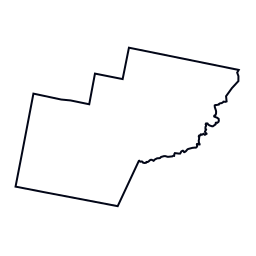 outline of Iron, Wisconsin, United States of America, rotated 101°
{"feature_id": "52423323B77086831692435", "entity_name": "Iron", "entity_type": "district", "adm_level": 2, "iso_a3": "USA", "parent_name": "United States of America", "parent_adm1": "Wisconsin", "projection": "equal_earth", "projection_center": [-90.252, 46.285], "detail": "fine", "context": "isolated", "style": "outline", "palette": "ink", "viewbox_px": 256, "rotation_deg": 101, "n_neighbors": 0, "source": "geoboundaries", "source_scale": "gbopen_adm2", "svg_char_len": 1884}
<svg xmlns="http://www.w3.org/2000/svg" viewBox="0 0 256 256"><g transform="rotate(101 128 128)"><path d="M177.8,227.2L207.0,227.2L207.0,198.6L206.7,123.2L158.3,111.1L158.1,110.9L158.0,110.6L158.5,110.1L158.7,109.3L158.5,108.7L158.3,108.4L158.2,107.9L158.5,107.2L159.0,106.9L159.2,106.5L159.2,105.1L158.7,103.7L158.1,103.6L157.8,103.4L157.7,103.1L157.7,102.6L157.7,102.3L156.7,101.2L155.6,100.5L154.9,99.6L154.7,98.6L155.3,96.6L154.9,96.3L154.5,96.2L153.5,95.3L152.2,93.6L151.6,91.3L151.2,90.7L150.1,90.0L148.8,87.4L148.5,85.9L148.7,83.7L148.6,83.0L147.4,79.1L146.6,78.2L146.5,77.6L146.5,77.4L144.6,77.5L143.7,77.2L143.4,73.1L143.1,71.9L140.9,71.2L140.5,70.8L139.8,69.8L140.2,69.0L140.8,68.6L141.0,68.2L140.9,67.9L139.8,66.8L137.7,65.6L137.1,64.9L135.2,61.0L134.4,58.4L134.4,57.8L134.0,57.2L133.0,56.7L132.5,56.7L130.9,57.3L130.5,57.2L130.3,56.7L130.3,56.3L130.7,55.2L130.5,54.6L130.2,54.6L129.0,55.5L127.2,56.1L126.5,56.2L126.0,56.1L123.7,56.3L123.3,56.7L122.9,56.9L122.2,56.9L121.7,56.6L121.7,56.2L121.7,55.8L121.3,55.4L120.8,55.5L120.4,55.4L120.3,55.1L120.3,54.7L120.4,54.3L120.4,54.0L119.3,52.8L120.0,51.4L119.8,50.9L118.7,49.8L118.4,50.0L118.2,50.5L117.1,51.7L116.5,51.7L114.7,51.0L114.3,51.3L114.3,51.7L113.3,52.0L112.0,52.1L111.2,51.8L110.9,51.8L109.7,52.2L109.4,52.5L108.6,52.2L108.4,50.8L109.2,50.1L109.9,48.5L110.3,45.8L110.1,45.0L107.7,42.7L106.6,42.9L106.1,42.8L105.8,42.1L105.9,41.4L104.8,40.4L103.6,40.2L101.7,40.8L100.9,42.5L100.4,45.4L100.2,45.6L99.9,45.7L99.4,45.6L98.8,44.7L98.5,44.6L98.3,44.7L97.3,44.3L95.2,44.6L94.1,45.0L90.9,46.8L89.3,47.2L88.8,46.7L88.7,46.0L87.9,43.9L87.6,43.3L87.1,43.3L86.2,42.3L85.7,40.8L84.0,39.1L83.9,39.1L83.7,37.2L83.1,36.3L78.1,37.8L69.0,33.6L60.9,28.6L56.0,29.5L52.8,31.4L49.9,30.4L49.0,142.4L81.0,142.6L80.9,170.8L112.1,170.6L111.9,189.6L112.8,199.0L112.3,227.4L177.8,227.2Z" fill="none" stroke="#020617" stroke-width="2"/></g></svg>